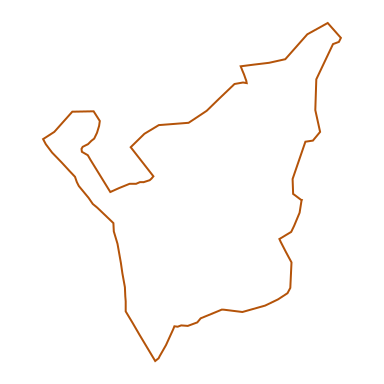 Daura, Katsina, Nigeria (Natural Earth projection)
{"feature_id": "59680162B94433697734962", "entity_name": "Daura", "entity_type": "district", "adm_level": 2, "iso_a3": "NGA", "parent_name": "Nigeria", "parent_adm1": "Katsina", "projection": "natural_earth1", "projection_center": [8.275, 12.981], "detail": "fine", "context": "isolated", "style": "outline", "palette": "amber", "viewbox_px": 384, "rotation_deg": 0, "n_neighbors": 0, "source": "geoboundaries", "source_scale": "gbopen_adm2", "svg_char_len": 1403}
<svg xmlns="http://www.w3.org/2000/svg" viewBox="0 0 384 384"><path d="M320.1,131.9L315.3,110.1L316.3,79.3L333.0,44.1L338.9,41.9L340.9,37.9L327.7,23.0L307.3,34.3L285.3,59.2L269.1,62.8L254.0,64.6L240.7,66.3L242.6,71.1L244.0,74.4L244.7,76.4L245.5,78.7L246.2,80.5L246.7,83.1L243.0,82.5L234.5,84.0L218.8,99.0L206.7,110.8L188.6,122.8L158.8,125.1L144.4,133.8L130.7,147.2L153.4,176.3L151.5,178.6L149.7,180.2L143.5,182.2L142.6,182.1L140.0,182.1L136.1,183.8L129.6,183.8L119.0,188.1L110.3,192.0L90.5,159.9L87.8,155.2L81.9,151.8L81.5,148.9L82.7,146.8L88.1,144.1L91.4,140.8L94.2,138.6L97.0,132.8L99.1,125.9L99.8,121.0L93.6,111.3L72.3,111.7L54.3,131.9L43.1,139.1L45.8,144.2L52.1,152.6L61.4,162.2L69.6,171.1L75.0,176.8L76.8,182.0L78.8,186.0L88.7,198.0L92.8,204.0L97.2,207.6L113.4,223.1L113.8,231.4L117.5,243.8L120.9,263.0L122.4,273.4L124.9,287.2L125.3,296.4L125.7,301.3L125.7,311.4L132.6,322.9L139.4,334.6L155.2,361.0L158.6,358.3L159.7,356.1L166.0,345.1L169.0,338.5L173.2,329.3L174.4,326.3L177.7,326.7L181.2,325.4L187.8,325.9L197.3,322.4L200.7,318.3L218.5,311.0L221.8,309.6L223.9,309.7L242.4,312.0L265.1,305.6L278.0,299.4L287.5,293.2L290.3,287.9L291.5,262.4L288.7,257.2L285.8,251.8L280.6,241.7L279.4,239.0L291.2,231.9L294.1,225.9L299.6,212.7L301.5,200.7L301.8,200.0L301.0,199.8L294.9,195.2L293.1,193.9L293.1,193.2L292.6,179.0L305.4,141.7L312.9,140.6L320.1,131.9Z" fill="none" stroke="#b45309" stroke-width="2"/></svg>